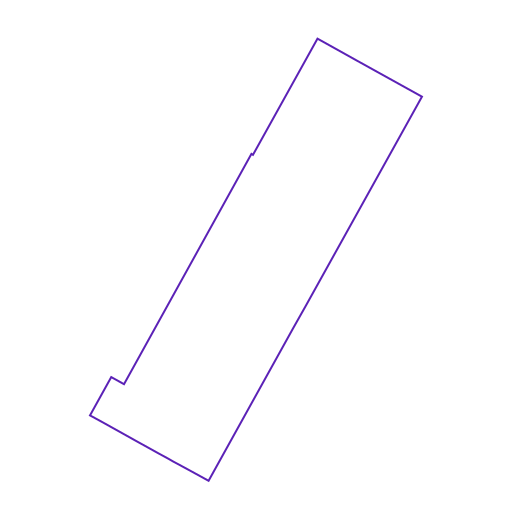 Washington, Oklahoma, United States of America (Robinson projection), rotated 209°
{"feature_id": "52423323B53714318951384", "entity_name": "Washington", "entity_type": "district", "adm_level": 2, "iso_a3": "USA", "parent_name": "United States of America", "parent_adm1": "Oklahoma", "projection": "robinson", "projection_center": [-95.895, 36.711], "detail": "fine", "context": "isolated", "style": "outline", "palette": "violet", "viewbox_px": 512, "rotation_deg": 209, "n_neighbors": 0, "source": "geoboundaries", "source_scale": "gbopen_adm2", "svg_char_len": 440}
<svg xmlns="http://www.w3.org/2000/svg" viewBox="0 0 512 512"><g transform="rotate(209 256 256)"><path d="M188.5,36.4L188.5,211.1L188.3,237.1L188.1,463.5L188.1,475.8L239.3,475.8L262.2,475.8L307.6,475.9L307.7,343.0L309.5,343.1L309.4,221.2L309.3,79.9L323.9,79.9L323.9,36.1L310.4,36.2L273.2,36.1L268.7,36.1L267.9,36.1L266.7,36.1L245.8,36.1L234.4,36.2L228.8,36.1L211.6,36.3L188.5,36.4Z" fill="none" stroke="#5b21b6" stroke-width="2"/></g></svg>